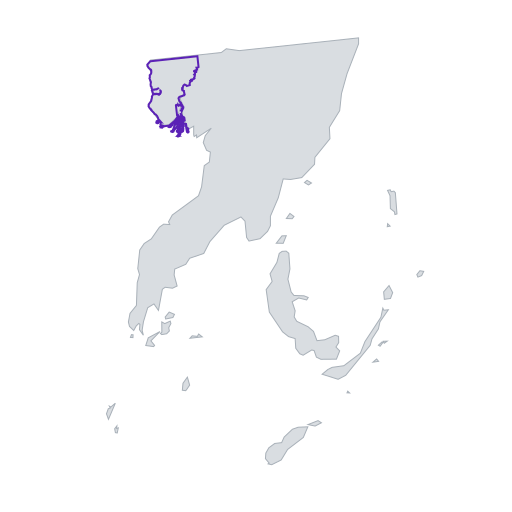 South Fly District, Western, Papua New Guinea shown in context, rotated 84°
{"feature_id": "67681753B32450151371022", "entity_name": "South Fly District", "entity_type": "district", "adm_level": 2, "iso_a3": "PNG", "parent_name": "Papua New Guinea", "parent_adm1": "Western", "projection": "natural_earth1", "projection_center": [142.961, -8.494], "detail": "fine", "context": "in_parent", "style": "outline", "palette": "violet", "viewbox_px": 512, "rotation_deg": 84, "n_neighbors": 0, "source": "geoboundaries", "source_scale": "gbopen_adm2", "svg_char_len": 9672}
<svg xmlns="http://www.w3.org/2000/svg" viewBox="0 0 512 512"><g transform="rotate(84 256 256)"><path d="M50.1,340.4L50.0,269.2L46.8,263.9L50.0,251.2L49.8,131.2L55.7,131.8L84.2,146.4L103.4,154.0L120.2,157.6L135.7,169.6L147.1,170.2L164.0,187.1L170.9,188.2L182.8,202.3L183.5,213.7L182.2,220.9L200.5,227.8L217.9,237.5L227.4,238.5L232.7,241.9L239.2,250.2L240.4,261.4L236.6,263.4L220.2,263.3L215.6,266.9L222.1,284.4L236.9,300.4L248.0,307.7L251.3,322.2L256.9,326.7L260.5,338.2L266.3,339.4L277.6,337.6L279.3,342.4L277.6,349.6L279.3,352.6L299.9,358.7L293.0,362.5L296.1,369.1L309.6,374.8L317.9,377.0L323.0,376.3L317.1,379.6L311.8,378.6L310.8,379.6L313.0,382.4L317.3,385.4L312.8,389.2L308.3,389.8L299.9,387.3L292.7,380.1L270.1,376.9L262.3,373.8L256.2,374.9L237.9,371.0L231.9,365.9L228.0,358.3L217.2,349.0L214.7,344.5L215.7,338.5L212.8,339.4L206.5,335.0L190.1,306.9L181.6,302.9L160.7,298.0L157.7,292.6L147.9,290.5L145.7,294.1L137.7,296.6L131.0,293.9L124.2,287.1L132.2,302.6L129.4,302.5L130.7,305.0L129.2,305.3L120.4,304.4L123.1,310.8L108.7,314.4L98.0,313.2L92.9,314.7L90.8,314.6L88.0,309.8L84.1,310.7L87.4,310.8L91.5,316.3L100.5,315.5L109.2,319.7L116.5,328.9L116.2,335.3L96.3,347.1L84.8,342.0L67.9,343.4L62.0,341.4L54.4,343.7L50.1,340.4ZM350.8,182.8L354.9,186.0L359.1,182.7L367.0,186.8L365.5,202.3L362.9,206.5L356.1,208.1L355.3,210.4L359.6,219.5L357.8,222.7L351.9,226.1L342.2,225.7L339.6,232.0L334.2,237.5L313.2,248.6L290.5,249.4L283.0,242.6L275.2,243.9L264.6,235.9L255.8,232.6L254.1,229.5L254.3,225.5L256.7,223.1L272.4,223.6L282.4,226.7L295.5,224.8L299.2,222.4L300.6,212.5L302.7,208.4L305.0,210.2L302.2,217.9L305.3,224.8L314.6,222.8L320.6,224.4L325.2,222.3L331.8,211.6L337.0,206.7L346.6,204.2L346.5,196.3L343.1,185.5L344.5,182.3L350.8,182.8ZM465.2,262.2L464.0,265.7L463.3,264.6L458.5,267.8L453.0,266.8L448.1,263.3L444.4,257.0L444.3,250.0L439.0,246.9L432.1,237.9L430.7,232.0L431.3,222.3L441.4,227.9L451.7,244.8L461.5,252.3L465.2,262.2ZM387.2,187.2L380.5,202.6L376.3,196.3L374.7,191.9L374.3,180.1L363.6,162.4L352.5,156.6L330.0,138.2L321.1,135.3L323.3,134.5L323.3,130.0L334.4,139.6L341.3,141.9L350.5,149.3L356.8,151.8L384.0,179.2L387.2,187.2ZM207.6,110.8L228.9,111.4L229.3,113.5L226.5,113.7L222.9,117.4L210.1,116.4L204.5,118.3L204.2,115.6L206.2,114.9L205.9,112.1L207.6,110.8ZM314.3,347.7L318.2,350.3L321.5,350.0L324.0,353.0L324.3,358.0L323.0,359.2L322.0,357.6L311.7,356.6L313.7,353.8L311.8,348.1L314.3,347.7ZM312.5,132.9L305.0,132.8L299.3,126.8L306.7,123.9L312.3,126.7L312.5,132.9ZM329.4,369.4L334.3,366.2L335.4,367.3L333.5,375.0L326.1,371.7L321.1,359.4L329.4,369.4ZM369.3,336.9L377.5,335.5L381.4,338.8L382.6,340.0L381.8,343.3L374.9,341.9L369.3,336.9ZM387.7,411.3L403.0,419.8L397.3,421.2L392.5,418.9L391.9,416.8L390.0,417.5L391.0,416.1L387.7,411.3ZM245.4,234.5L238.7,228.1L239.0,223.8L246.2,227.6L245.4,234.5ZM309.2,352.4L307.2,352.7L302.7,348.2L305.5,343.2L308.5,345.1L309.2,352.4ZM429.1,221.9L426.2,211.5L428.7,208.4L431.3,215.0L429.1,221.9ZM221.9,221.9L217.2,217.8L220.7,214.1L222.7,216.1L221.9,221.9ZM293.9,97.2L291.3,98.0L287.8,94.6L288.8,90.8L292.8,93.3L293.9,97.2ZM190.8,196.4L188.0,200.1L186.1,197.3L189.2,193.2L190.8,196.4ZM330.8,317.9L330.9,330.3L328.7,327.8L329.8,322.7L327.6,321.2L330.8,317.9ZM118.3,321.1L122.9,326.2L111.8,318.0L118.3,321.1ZM122.3,319.9L116.2,317.8L115.0,316.2L122.2,317.0L122.3,319.9ZM417.5,412.5L417.0,414.3L413.0,414.6L410.4,412.1L413.0,412.7L412.5,410.9L417.5,412.5ZM373.6,145.1L373.8,150.8L371.0,146.8L373.6,145.1ZM358.7,142.0L357.5,143.6L354.6,139.6L355.2,138.8L358.7,142.0ZM324.3,386.9L323.9,389.4L321.2,388.1L321.5,386.5L324.3,386.9ZM356.2,137.6L354.1,138.3L354.4,134.4L356.2,137.6ZM240.3,119.5L240.6,122.4L237.6,121.7L240.3,119.5ZM402.0,177.2L401.6,179.8L400.0,178.9L402.0,177.2Z" fill="#d9dde1" stroke="#a8b0b8" stroke-width="1"/><path d="M97.4,315.6L97.7,314.9L97.6,315.0L98.3,314.6L96.2,314.4L93.9,316.1L91.0,316.6L90.1,316.0L89.5,314.8L89.1,312.3L88.6,311.2L88.7,310.7L88.1,310.1L84.9,310.5L83.8,311.1L83.2,312.0L81.6,312.0L81.1,311.9L81.0,311.7L80.7,311.2L79.0,310.5L78.0,309.2L78.6,307.9L79.7,307.1L79.1,304.0L77.1,303.9L76.1,303.1L75.0,303.2L75.2,301.5L74.8,301.2L74.2,302.2L73.9,302.2L73.4,299.2L72.9,298.6L72.1,298.9L71.4,298.3L69.4,297.8L69.4,298.4L69.1,298.6L68.5,297.7L66.3,297.3L65.9,298.0L66.7,298.4L65.6,298.3L65.3,297.6L66.5,297.0L66.7,296.2L66.3,296.1L66.0,296.7L65.6,296.7L64.8,296.2L64.5,295.1L62.5,295.5L62.6,294.4L62.1,293.4L51.2,293.4L51.3,340.8L54.3,344.1L55.8,344.1L57.6,343.2L58.8,342.2L59.7,341.0L60.2,340.8L60.4,341.1L61.9,340.8L63.4,341.2L64.3,341.8L65.1,342.8L67.3,342.9L68.1,343.4L72.1,342.3L74.3,342.9L76.1,342.9L77.2,342.1L78.0,342.3L79.7,341.9L79.9,339.6L79.7,339.1L79.8,337.5L79.0,335.9L78.5,336.0L79.0,335.7L79.9,337.4L79.8,339.0L80.0,339.5L79.9,341.9L80.6,342.3L81.8,341.7L82.4,341.8L83.1,341.6L84.2,340.3L84.2,338.1L84.6,336.6L85.3,335.8L84.9,335.5L84.8,335.0L84.4,334.9L83.7,333.8L82.6,333.8L82.2,333.6L81.2,333.9L81.0,333.3L81.3,333.7L82.2,333.4L82.6,333.7L83.1,333.5L83.8,333.7L84.0,334.2L84.4,334.4L84.5,334.9L84.9,334.8L85.0,335.4L85.5,335.7L85.2,336.3L84.8,336.5L84.5,338.2L84.6,339.7L84.3,341.3L86.6,342.9L87.6,342.9L91.0,344.1L94.0,346.9L96.0,347.2L97.9,346.3L98.9,345.4L98.6,344.4L99.0,345.4L99.6,344.8L100.0,345.0L102.9,342.6L104.2,342.0L104.7,341.0L106.5,339.7L108.8,338.9L110.1,338.7L110.8,337.9L112.8,336.5L112.6,337.0L111.3,337.7L112.3,337.6L113.9,337.0L115.4,337.3L116.1,336.7L116.2,336.4L116.3,336.7L117.4,335.8L117.7,335.2L117.6,334.5L117.4,334.6L117.2,328.8L113.1,322.7L108.8,318.8L107.8,318.6L107.8,319.8L97.8,319.9L97.4,319.6L97.5,318.8L97.2,318.4L97.6,318.0L97.4,317.9L97.8,317.8L97.6,317.3L97.9,317.6L98.1,317.1L98.3,317.1L98.0,316.5L98.1,316.3L97.9,316.3L97.9,316.0L97.4,315.6ZM116.7,319.8L113.6,319.2L112.5,317.7L111.9,317.4L111.2,317.8L113.5,320.1L115.9,321.2L117.4,323.2L121.5,325.2L122.6,326.0L123.1,327.4L123.5,327.3L124.0,326.0L123.7,325.1L122.5,324.4L119.1,321.1L116.7,319.8ZM116.5,316.2L115.3,315.5L114.7,316.3L117.0,318.0L118.1,318.2L119.4,317.8L120.6,318.5L121.3,318.3L121.9,316.4L121.4,315.9L116.5,316.2ZM122.5,318.0L122.0,317.5L121.4,318.4L120.9,318.6L120.2,318.5L119.3,317.8L118.2,318.3L120.8,319.8L121.3,320.6L122.0,320.7L122.3,320.6L122.3,320.2L121.8,320.3L121.7,319.9L120.4,319.4L121.9,320.0L122.4,319.9L122.9,318.9L122.5,318.0ZM124.0,315.4L121.8,314.9L120.7,315.3L122.0,315.9L123.4,317.5L124.1,317.1L124.8,317.0L124.6,316.4L124.5,316.5L124.2,316.5L124.6,316.1L124.0,315.4ZM123.1,310.2L123.3,310.9L123.1,311.9L125.4,311.7L126.1,310.9L125.9,310.3L125.4,310.0L124.2,310.4L123.1,310.2ZM114.1,314.8L110.5,315.0L109.8,315.4L111.4,315.9L113.3,315.9L114.1,315.4L114.1,314.8ZM124.8,320.3L123.7,319.5L123.0,319.8L122.7,320.9L123.1,321.5L123.9,321.7L124.8,321.0L124.8,320.3ZM121.0,311.5L121.1,312.0L122.9,311.9L123.2,310.9L123.0,310.2L122.1,310.1L121.0,311.5ZM116.6,314.2L115.0,314.4L114.5,314.7L116.1,314.6L118.7,315.1L119.6,315.0L119.9,314.6L119.6,314.3L116.6,314.2ZM127.0,318.6L126.2,318.3L125.9,319.3L126.9,320.3L127.3,320.2L127.1,320.5L127.4,320.7L127.9,320.3L128.0,319.6L127.7,319.0L127.0,318.5L126.8,318.4L127.0,318.6ZM118.2,337.3L118.6,335.9L118.2,335.4L116.9,336.3L116.5,337.1L117.2,337.7L117.6,337.0L118.2,337.3ZM99.4,313.2L101.0,314.0L101.0,313.6L102.2,314.8L103.2,314.6L102.5,313.7L101.0,313.7L100.0,313.0L99.4,313.2ZM113.6,339.6L112.9,339.6L111.7,340.3L111.6,340.7L112.7,341.2L113.1,341.2L113.7,340.3L113.6,339.6ZM109.7,313.8L114.0,313.0L114.6,312.7L111.1,312.8L109.7,313.8ZM117.9,326.9L118.3,329.4L118.5,329.5L118.8,329.0L118.8,327.6L118.6,327.1L117.9,326.9ZM115.1,323.1L115.3,322.9L115.0,322.1L113.2,321.0L114.4,322.9L115.1,323.1ZM128.9,320.6L128.8,320.1L128.6,320.2L128.1,321.2L128.2,320.3L127.8,320.8L127.7,320.6L127.6,321.0L128.5,321.9L129.0,321.3L129.0,320.3L128.9,320.6ZM111.8,339.9L112.7,339.1L111.8,338.5L111.3,338.9L111.1,339.3L111.2,339.7L111.8,339.9ZM114.1,318.6L114.4,318.4L113.8,317.5L113.1,317.2L112.8,317.3L113.4,318.4L114.1,318.6ZM124.2,318.2L125.1,317.7L124.8,317.1L124.2,317.1L123.6,317.6L124.2,318.2ZM108.0,315.5L109.4,315.2L110.0,314.7L109.4,314.6L107.6,315.4L108.0,315.5ZM117.2,312.2L120.3,312.0L120.7,311.9L120.9,311.8L121.0,311.6L117.3,311.8L117.2,312.2ZM123.2,318.4L123.1,317.6L122.0,316.5L121.9,317.3L123.2,318.4ZM117.2,325.5L115.9,325.2L116.1,325.6L117.9,326.6L117.2,325.5ZM113.0,321.6L111.1,319.4L110.9,319.4L110.9,320.0L113.0,321.6ZM117.1,327.2L117.3,326.8L115.7,325.9L116.6,327.0L117.1,327.2ZM81.2,311.8L82.2,311.7L81.8,311.4L80.9,311.2L81.2,311.8ZM117.0,315.2L116.2,315.2L116.0,315.3L116.8,315.8L117.2,315.7L117.0,315.2ZM110.8,319.9L110.8,319.3L110.0,318.9L110.2,319.5L110.8,319.9ZM111.2,314.3L112.8,314.2L112.3,314.0L111.2,314.3ZM115.7,323.9L115.6,323.1L115.1,323.3L115.5,323.8L115.7,323.9ZM103.5,315.5L104.2,315.4L103.2,315.2L103.5,315.5ZM118.0,315.7L117.9,315.3L117.2,315.2L117.3,315.7L118.0,315.7ZM103.3,314.7L104.1,314.7L103.0,314.0L103.3,314.7ZM109.1,317.0L109.6,316.6L109.0,316.6L109.1,317.0ZM114.6,316.0L114.7,315.6L114.6,315.4L114.3,315.7L114.6,316.0ZM114.7,318.2L114.5,317.7L114.2,317.7L114.4,318.1L114.7,318.2ZM113.1,320.7L112.3,320.0L112.5,320.4L113.1,320.7ZM82.9,311.7L83.4,311.6L83.5,311.4L82.9,311.7ZM114.1,318.9L114.8,318.9L114.1,318.8L114.1,318.9ZM125.7,318.7L125.5,318.3L125.2,318.6L125.7,318.7ZM107.2,315.6L107.1,315.9L107.5,315.8L107.5,315.7L107.2,315.6ZM115.8,315.1L115.6,314.8L115.4,314.8L115.4,315.0L115.8,315.1ZM113.5,321.0L114.1,321.2L113.4,320.9L113.5,321.0ZM118.3,315.7L118.3,315.4L118.0,315.4L118.1,315.5L118.3,315.7ZM84.4,310.4L84.8,310.1L84.4,310.3L84.4,310.4ZM109.1,317.6L109.4,317.6L109.1,317.6ZM111.0,317.6L111.2,317.4L111.0,317.5L111.0,317.6ZM82.3,311.9L82.5,311.7L82.2,311.8L82.3,311.9ZM98.4,314.6L98.0,314.8L97.9,314.9L98.1,314.8L98.4,314.6Z" fill="none" stroke="#5b21b6" stroke-width="2"/></g></svg>